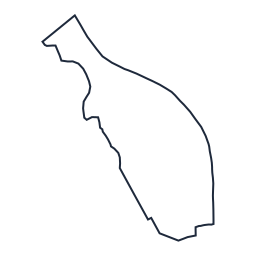 Russey Keo, Phnom Penh, Cambodia
{"feature_id": "14789045B60405895501285", "entity_name": "Russey Keo", "entity_type": "district", "adm_level": 2, "iso_a3": "KHM", "parent_name": "Cambodia", "parent_adm1": "Phnom Penh", "projection": "robinson", "projection_center": [104.893, 11.621], "detail": "fine", "context": "isolated", "style": "outline", "palette": "slate", "viewbox_px": 256, "rotation_deg": 0, "n_neighbors": 0, "source": "geoboundaries", "source_scale": "gbopen_adm2", "svg_char_len": 1233}
<svg xmlns="http://www.w3.org/2000/svg" viewBox="0 0 256 256"><path d="M213.5,224.0L213.5,219.9L213.4,210.7L213.2,202.6L213.0,198.8L212.9,195.5L213.3,183.5L212.9,177.7L212.3,172.7L212.1,168.9L212.1,167.0L211.8,162.6L211.1,157.9L209.8,151.3L209.2,146.6L208.6,144.1L205.7,136.0L201.2,126.9L195.4,119.1L190.2,111.8L184.0,104.8L179.9,100.7L175.1,95.3L171.7,92.0L166.5,88.7L159.8,84.7L151.9,80.8L146.9,78.5L143.1,76.7L136.5,73.6L128.3,70.3L124.5,69.0L120.0,66.7L111.9,62.7L102.5,56.4L96.3,48.7L92.7,43.9L87.3,36.7L83.2,29.7L80.3,24.6L76.9,18.9L74.8,15.4L42.5,41.7L44.8,44.9L46.8,45.9L53.0,45.5L55.5,45.5L57.7,50.8L59.7,55.5L61.4,60.6L67.9,61.5L72.8,61.4L78.4,63.6L83.2,68.7L86.2,74.3L89.0,81.2L90.3,86.6L89.1,92.8L86.3,97.2L83.7,101.6L83.1,108.3L83.4,111.0L83.7,113.2L84.3,117.7L86.7,119.8L92.0,117.1L98.1,117.3L99.4,122.3L100.1,127.7L102.3,129.3L102.8,131.7L105.8,135.8L108.0,139.4L110.5,144.4L111.0,146.4L114.3,148.6L118.3,152.9L119.8,157.4L120.1,163.5L119.9,166.4L119.8,168.1L134.6,195.2L148.0,219.5L151.2,217.9L159.6,233.3L178.4,240.6L183.5,238.7L187.6,237.1L195.7,235.5L195.6,229.8L195.6,227.2L198.9,226.0L200.7,225.9L203.0,225.3L204.6,225.0L208.8,224.5L211.4,224.6L213.5,224.0Z" fill="none" stroke="#1e293b" stroke-width="2"/></svg>